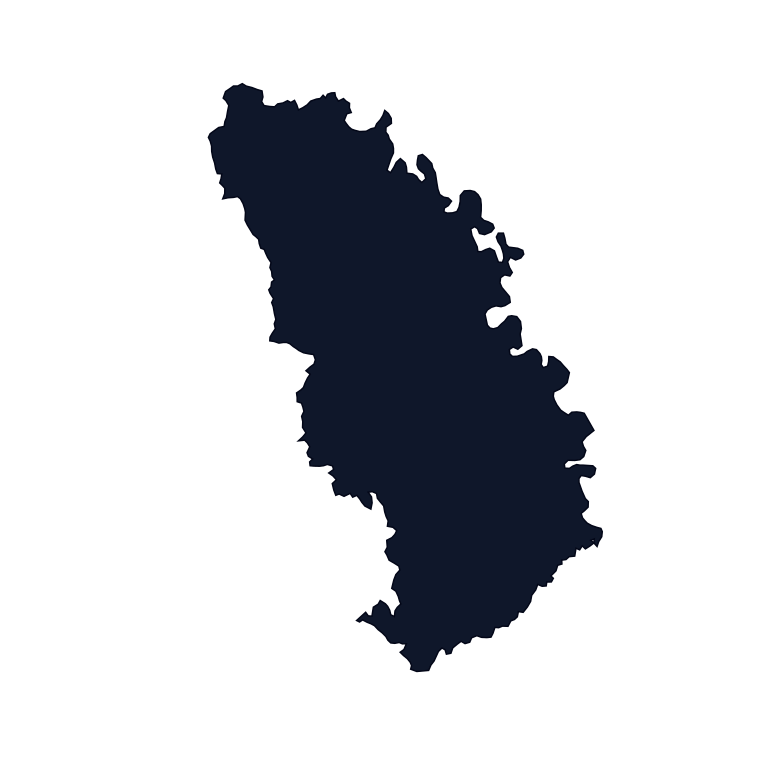 Otacílio Costa, Santa Catarina, Brazil (orthographic projection), rotated 203°
{"feature_id": "56859067B66528087986219", "entity_name": "Otacílio Costa", "entity_type": "district", "adm_level": 2, "iso_a3": "BRA", "parent_name": "Brazil", "parent_adm1": "Santa Catarina", "projection": "orthographic", "projection_center": [-49.975, -27.498], "detail": "fine", "context": "isolated", "style": "filled", "palette": "ink", "viewbox_px": 768, "rotation_deg": 203, "n_neighbors": 0, "source": "geoboundaries", "source_scale": "gbopen_adm2", "svg_char_len": 6172}
<svg xmlns="http://www.w3.org/2000/svg" viewBox="0 0 768 768"><g transform="rotate(203 384 384)"><path d="M440.5,298.3L435.1,301.3L431.6,299.9L427.8,297.2L428.0,290.7L425.3,287.9L420.4,287.1L422.0,283.2L420.1,279.9L416.4,281.1L411.1,283.2L407.7,285.2L404.8,287.8L399.4,288.5L397.0,285.6L400.1,280.5L395.2,279.5L390.4,277.3L392.7,272.1L388.8,266.8L384.9,262.7L382.3,265.2L376.9,265.0L372.4,270.1L368.6,267.6L365.5,270.9L361.4,268.7L358.1,266.4L353.9,264.2L347.2,263.7L348.5,269.9L351.4,275.2L356.3,278.2L352.8,280.3L348.1,280.3L345.4,276.2L340.9,273.8L336.7,271.7L333.4,266.6L330.2,262.8L326.7,259.7L325.3,254.4L319.7,255.6L315.0,254.0L315.2,249.8L316.7,245.6L320.4,241.2L317.2,235.0L317.6,230.0L314.6,227.8L310.4,223.8L304.6,223.1L299.2,222.2L296.7,218.9L298.6,213.2L298.4,207.5L297.0,198.9L292.1,197.9L287.8,194.0L285.0,190.5L282.5,188.1L284.5,183.6L285.2,179.5L283.6,174.0L287.6,174.2L290.3,177.9L293.7,180.7L296.8,182.2L302.9,183.2L303.3,179.1L306.6,174.4L304.4,165.6L307.9,164.4L311.7,166.7L316.8,155.6L313.5,155.4L311.5,158.5L306.6,158.1L302.2,158.2L298.3,157.8L293.4,155.6L288.3,154.2L283.6,152.3L280.3,149.7L276.6,148.3L272.8,149.5L269.0,152.0L265.6,152.0L261.9,153.6L261.9,147.4L264.3,143.4L260.0,141.7L255.2,140.3L251.1,138.1L248.6,135.6L248.0,131.9L241.5,132.2L231.0,137.8L231.0,143.6L229.7,148.6L229.4,159.1L227.5,163.6L223.9,163.2L221.0,159.7L217.2,162.3L217.6,167.9L215.0,173.0L212.5,177.3L208.0,176.7L204.2,179.8L204.2,184.6L200.2,188.6L195.3,188.9L190.2,190.8L186.6,192.8L186.3,197.1L186.8,203.3L183.2,204.5L180.4,207.4L175.2,209.4L174.7,215.5L171.9,218.2L170.3,221.8L171.4,227.0L166.7,228.2L164.9,234.8L164.1,241.2L165.5,247.2L163.9,253.7L164.2,259.6L159.4,259.6L155.8,261.5L156.8,265.3L152.6,267.2L152.2,271.3L155.4,272.5L152.7,279.2L153.3,285.0L149.9,287.8L151.6,291.3L147.9,293.5L146.1,297.4L141.2,300.1L143.1,307.8L139.1,307.8L138.3,312.5L134.2,310.9L131.1,315.4L128.7,319.7L124.4,317.7L124.8,322.8L123.9,328.5L125.4,333.4L127.9,335.8L132.1,335.2L137.5,334.8L142.5,335.3L145.6,336.6L148.9,338.3L152.0,341.9L150.0,345.6L148.0,350.4L150.0,355.6L153.9,357.2L159.8,362.7L166.1,369.6L167.6,373.1L166.7,376.8L162.6,377.8L157.5,378.4L155.1,383.3L156.2,389.0L159.8,390.3L168.7,387.2L171.8,385.9L175.2,385.1L178.2,382.1L180.3,378.8L184.6,377.2L186.8,380.8L184.8,385.7L178.5,388.2L174.0,390.9L171.8,395.3L172.3,401.7L176.0,404.5L179.1,408.2L177.3,414.6L172.6,423.3L188.3,435.3L191.9,434.7L195.7,433.6L200.1,431.4L202.1,427.3L207.6,428.2L211.2,429.0L216.7,432.3L221.2,436.1L223.4,438.9L224.6,443.1L220.0,448.2L217.5,453.0L216.0,456.9L217.8,466.9L221.3,468.9L226.2,471.1L230.4,473.2L234.7,474.1L238.7,475.1L243.0,473.7L241.2,469.0L240.4,464.4L243.8,461.3L247.0,463.4L247.9,467.3L249.8,470.6L252.3,472.9L257.1,475.2L261.0,474.4L264.9,470.0L266.7,466.5L272.2,461.6L276.5,459.6L279.9,460.8L282.1,464.7L279.6,468.5L274.4,468.3L272.0,473.2L278.2,483.2L279.2,488.7L282.8,494.9L288.1,497.9L293.2,496.7L296.0,494.8L297.5,488.9L299.3,485.4L301.3,480.4L304.9,477.5L308.3,476.9L311.8,478.5L318.4,487.9L317.8,492.5L315.1,496.6L311.4,499.7L306.5,500.9L303.3,503.4L299.7,508.5L302.7,513.5L313.2,518.9L316.8,522.4L318.2,527.5L315.6,531.6L310.3,532.6L309.5,536.8L314.0,540.2L318.0,544.8L317.2,550.0L311.3,549.6L307.3,553.5L306.1,558.1L308.5,561.2L313.9,561.2L322.8,558.7L326.4,560.4L329.7,565.4L333.0,569.5L337.7,567.5L338.0,563.2L334.6,559.5L330.2,556.6L327.3,553.4L324.9,550.4L322.8,546.6L322.5,542.2L326.3,540.9L330.1,544.9L334.4,549.7L339.7,550.3L342.9,547.5L346.1,543.8L349.4,542.6L351.8,546.7L361.0,555.0L364.7,560.5L362.1,564.2L358.6,563.6L354.9,559.9L349.8,560.8L344.7,566.0L343.5,570.6L346.4,573.6L351.4,574.0L356.1,573.6L360.2,575.2L362.3,581.6L364.5,586.9L367.3,592.0L371.4,595.0L375.8,596.5L380.2,595.8L385.6,593.1L387.4,587.3L385.2,581.8L384.0,576.0L384.3,571.2L387.8,568.3L392.6,566.0L396.1,565.9L397.2,569.5L394.5,573.3L393.3,578.7L397.5,580.3L402.1,579.3L406.7,580.2L410.5,584.4L414.1,590.0L417.0,594.8L419.4,598.6L423.5,601.8L426.2,605.6L433.8,608.9L438.3,610.3L441.6,607.5L440.7,603.2L439.3,598.7L436.4,595.6L433.3,594.4L428.9,593.2L425.7,589.3L427.9,584.3L432.1,585.7L435.1,587.9L439.6,588.6L445.3,587.0L448.1,592.4L451.0,595.9L457.0,597.9L459.3,592.8L459.6,587.3L460.6,581.0L464.8,582.0L465.7,593.9L465.6,600.4L467.3,604.5L469.8,608.4L474.9,611.6L477.4,614.7L480.7,616.5L482.5,621.2L479.0,626.8L481.2,631.4L485.7,634.7L490.2,636.1L489.9,630.8L490.6,625.9L492.4,620.6L492.4,616.3L495.7,613.9L499.1,609.7L505.0,606.9L510.0,606.1L513.4,605.9L516.9,607.0L520.5,609.0L523.6,611.0L523.8,618.2L520.2,621.1L523.8,624.7L525.4,628.9L529.6,629.6L532.8,630.9L536.5,626.6L540.9,629.6L543.1,632.9L546.3,631.3L549.2,628.6L549.5,624.5L552.9,626.0L554.2,621.9L557.6,619.8L562.0,615.8L563.8,610.9L566.7,606.6L569.9,602.9L573.2,606.7L577.2,610.1L579.8,606.7L583.5,607.1L586.8,603.2L591.3,600.3L593.0,596.4L597.6,594.8L603.2,593.4L607.0,596.2L607.6,600.9L610.8,606.1L615.7,605.5L621.3,605.3L627.2,604.4L631.8,605.1L635.0,601.2L639.0,599.5L641.0,596.1L644.1,591.3L643.7,584.3L640.3,583.1L635.7,579.8L634.6,574.2L633.0,567.5L633.0,563.5L631.8,558.6L636.4,555.5L641.8,546.5L642.0,542.4L638.8,539.6L635.7,535.7L633.5,530.8L630.3,525.9L626.3,521.3L622.9,516.2L619.6,512.6L615.4,514.0L614.2,509.3L613.8,504.9L610.4,503.6L607.0,502.0L605.0,497.0L604.8,491.4L600.5,494.4L595.4,497.0L592.1,499.3L588.5,498.4L584.2,495.0L580.6,490.9L578.6,487.9L575.9,480.5L571.9,477.0L562.9,470.5L559.6,469.6L555.9,468.2L553.7,464.5L550.5,460.9L546.9,461.1L543.8,458.0L540.5,455.0L535.4,451.6L534.5,446.6L531.4,443.7L529.1,439.4L525.5,437.0L527.3,433.9L525.9,429.2L526.9,425.7L524.3,423.0L519.0,419.4L519.2,415.1L516.1,411.8L512.3,405.9L508.8,401.2L508.5,396.5L505.6,392.4L506.7,386.9L507.2,382.6L506.0,379.1L501.9,380.2L496.7,380.6L493.1,382.8L489.9,384.2L486.4,384.3L482.1,383.0L478.7,382.4L475.4,381.6L470.3,381.3L464.9,382.4L460.3,383.6L456.6,379.5L456.2,374.9L458.7,370.7L461.0,365.7L455.8,364.2L456.7,359.7L457.0,354.2L456.8,349.3L458.2,346.0L461.0,341.6L458.7,337.7L457.0,333.8L452.5,334.2L449.6,331.0L447.0,327.5L447.2,322.1L444.1,317.7L442.0,312.2L436.7,308.5L438.2,303.4L440.5,298.3ZM128.7,319.7L132.6,320.9L129.9,323.6L128.7,319.7Z" fill="#0f172a" stroke="#020617" stroke-width="1.5"/></g></svg>